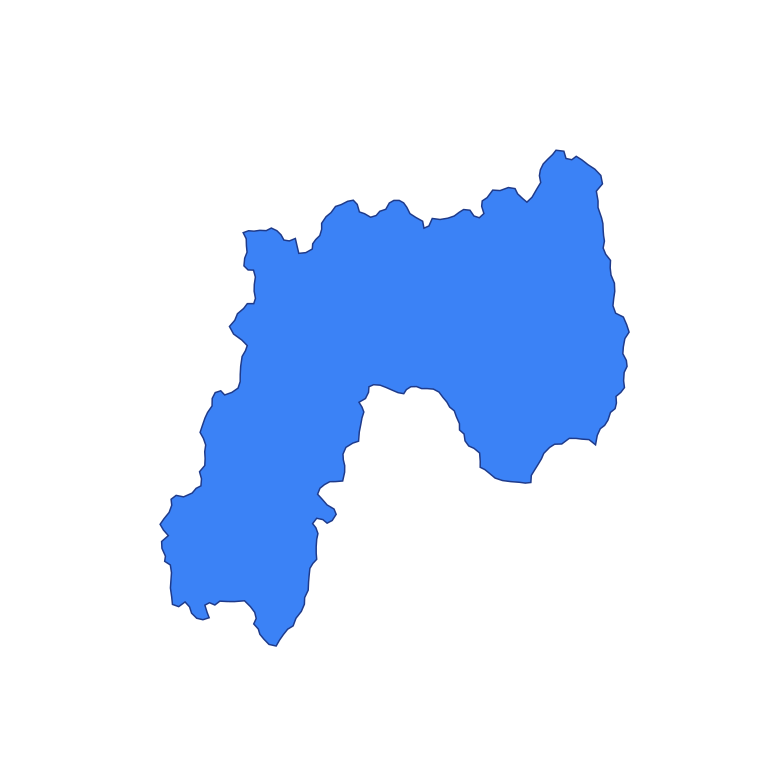 São João Nepomuceno, Minas Gerais, Brazil (Albers equal-area conic projection), rotated 336°
{"feature_id": "56859067B98759493930874", "entity_name": "São João Nepomuceno", "entity_type": "district", "adm_level": 2, "iso_a3": "BRA", "parent_name": "Brazil", "parent_adm1": "Minas Gerais", "projection": "albers", "projection_center": [-43.014, -21.587], "detail": "fine", "context": "isolated", "style": "filled", "palette": "blue", "viewbox_px": 768, "rotation_deg": 336, "n_neighbors": 0, "source": "geoboundaries", "source_scale": "gbopen_adm2", "svg_char_len": 3867}
<svg xmlns="http://www.w3.org/2000/svg" viewBox="0 0 768 768"><g transform="rotate(336 384 384)"><path d="M635.7,376.8L637.9,369.8L641.2,363.2L639.3,355.7L639.5,348.9L643.5,343.1L644.9,337.9L646.7,332.8L649.2,326.5L650.3,320.8L650.8,315.2L651.3,309.8L654.0,303.8L656.4,294.2L665.0,290.0L666.9,281.7L664.0,273.5L659.6,266.7L655.9,259.7L652.2,254.2L646.8,255.5L642.0,252.0L643.0,244.5L636.2,240.4L631.3,243.0L624.9,245.3L619.0,247.7L614.0,251.9L610.7,256.9L609.1,263.7L602.5,268.3L595.2,273.6L588.5,276.0L586.1,271.0L583.4,264.6L583.2,258.8L577.5,255.1L568.7,254.5L562.2,251.1L554.0,255.7L548.2,256.7L545.5,261.4L544.6,268.9L538.7,270.9L534.5,267.1L533.2,260.2L527.7,257.0L522.6,257.7L516.5,259.1L509.8,258.5L502.1,256.5L495.4,252.4L489.3,257.9L483.9,257.9L485.5,251.0L480.9,244.9L477.0,238.9L476.7,231.8L475.6,226.5L472.6,222.5L467.6,220.3L462.5,220.8L456.7,225.1L450.4,224.5L445.4,226.9L439.6,226.2L435.5,220.5L431.5,216.8L432.6,209.0L430.7,203.6L425.1,202.3L417.9,202.7L411.9,202.1L405.3,205.9L399.1,207.6L392.4,211.8L390.0,217.3L385.7,222.3L380.3,224.3L375.9,226.9L373.4,231.5L366.0,232.2L359.3,230.0L360.6,223.1L362.2,215.0L355.7,214.8L351.1,211.8L350.6,205.8L348.5,200.4L344.5,195.7L338.8,196.0L333.0,193.1L327.4,191.5L322.6,188.9L316.9,188.5L317.2,195.3L314.5,201.9L312.5,207.9L307.9,212.4L304.1,219.1L306.2,224.5L311.1,226.9L310.0,234.0L306.0,240.3L303.1,246.4L301.4,253.5L297.7,257.6L291.8,255.0L286.5,257.9L278.7,260.2L273.6,265.1L266.2,268.6L266.9,277.2L272.0,286.0L274.7,293.3L270.9,297.3L265.6,301.1L260.3,309.5L256.5,316.9L253.6,323.3L249.0,328.4L241.5,329.8L234.0,329.2L232.1,323.8L226.3,323.2L221.2,327.3L218.0,334.1L211.3,338.2L206.7,342.2L202.0,347.2L196.3,353.4L196.9,360.3L196.3,367.2L192.7,372.9L190.3,379.3L187.1,385.6L179.8,389.1L178.7,396.4L175.3,402.6L169.9,402.9L164.4,405.6L155.0,405.6L148.8,401.2L142.6,402.7L140.8,408.4L135.5,413.9L128.2,417.6L122.4,421.1L123.1,427.7L125.3,434.8L116.8,437.4L114.3,443.8L114.3,452.4L111.5,456.8L115.2,462.4L113.1,470.0L109.3,477.1L105.9,483.5L103.4,492.3L101.1,499.3L105.9,503.9L113.6,502.2L115.7,508.5L115.0,515.1L117.6,521.8L122.7,525.7L129.2,526.4L129.5,520.8L130.4,513.2L135.6,512.8L139.6,517.1L145.7,515.6L152.6,519.1L159.0,522.0L168.4,525.3L171.4,533.0L173.0,540.0L171.9,546.2L167.4,550.2L169.5,556.7L168.8,562.2L170.5,568.3L173.0,575.1L178.9,579.5L184.5,575.4L190.3,571.9L196.3,568.8L202.6,568.0L208.3,562.2L216.0,558.1L221.7,552.8L224.6,546.9L230.9,541.5L234.5,534.3L237.7,528.5L241.3,522.3L246.0,519.0L251.2,516.8L253.2,511.1L255.9,505.0L259.3,498.6L262.8,493.8L263.3,487.7L262.0,482.5L267.9,479.3L273.0,483.0L275.4,488.0L281.2,487.6L287.3,483.6L287.5,477.9L282.8,471.3L280.7,464.3L278.5,457.7L283.1,453.2L288.7,451.7L294.8,451.2L299.9,453.4L306.8,455.8L312.2,448.5L314.9,442.6L316.0,436.7L318.0,431.4L323.4,426.4L331.4,425.3L337.5,425.9L341.9,417.8L346.2,411.7L350.1,406.0L354.2,401.4L354.5,396.2L353.7,390.5L361.2,389.7L366.5,385.3L369.1,380.4L374.2,380.4L380.0,383.5L384.6,388.1L389.4,393.4L393.3,397.6L398.1,400.9L402.2,398.2L407.4,397.4L412.7,399.6L416.5,403.5L421.5,405.7L427.1,408.8L431.0,413.8L432.4,420.2L434.1,426.1L434.6,431.8L437.3,437.1L436.8,443.4L436.8,450.9L434.3,456.7L436.8,462.3L434.9,468.9L436.2,475.1L440.0,479.3L443.3,485.9L440.5,493.7L438.0,499.2L441.3,503.2L443.8,508.1L447.2,515.1L453.0,520.4L460.2,524.8L467.8,528.9L472.8,532.0L478.1,533.7L481.4,527.4L485.9,524.3L492.1,520.1L497.4,516.4L501.7,512.4L509.5,509.3L515.4,508.4L522.0,511.1L531.1,509.0L537.5,511.9L542.3,514.8L548.7,518.2L552.5,525.6L557.9,517.7L563.4,512.8L568.8,511.5L573.9,508.1L579.3,502.1L585.1,500.5L588.6,495.9L590.9,489.7L596.9,488.0L602.2,485.1L604.2,478.5L608.1,471.1L613.2,466.8L615.0,461.0L614.5,453.5L617.7,447.5L622.5,440.5L629.0,436.3L629.8,428.6L629.9,420.2L624.4,413.5L625.0,405.6L628.7,399.2L632.5,393.2L635.5,385.6L635.7,376.8Z" fill="#3b82f6" stroke="#1e3a8a" stroke-width="1.5"/></g></svg>